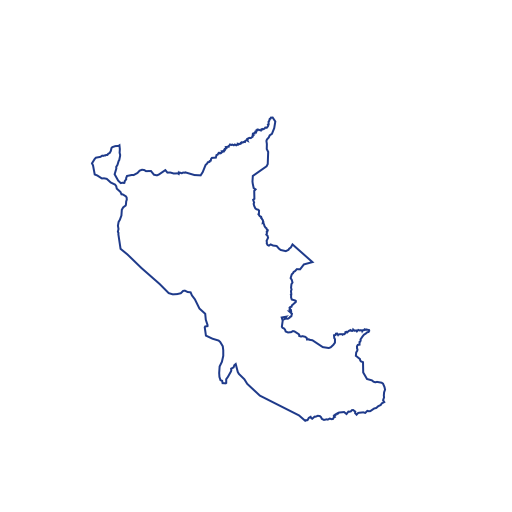 Kwahu West, Eastern, Ghana (orthographic projection), rotated 214°
{"feature_id": "2480657B50723205918173", "entity_name": "Kwahu West", "entity_type": "district", "adm_level": 2, "iso_a3": "GHA", "parent_name": "Ghana", "parent_adm1": "Eastern", "projection": "orthographic", "projection_center": [-0.787, 6.491], "detail": "fine", "context": "isolated", "style": "outline", "palette": "blue", "viewbox_px": 512, "rotation_deg": 214, "n_neighbors": 0, "source": "geoboundaries", "source_scale": "gbopen_adm2", "svg_char_len": 6128}
<svg xmlns="http://www.w3.org/2000/svg" viewBox="0 0 512 512"><g transform="rotate(214 256 256)"><path d="M68.0,206.6L70.0,207.5L70.8,210.4L72.0,211.8L73.6,214.7L74.3,217.4L76.2,219.2L79.3,221.2L81.0,221.2L85.3,219.3L86.5,218.0L88.3,217.5L90.4,217.7L95.2,216.1L102.0,219.4L107.9,227.8L110.2,227.3L111.3,227.8L112.2,228.7L117.4,229.1L119.0,232.1L119.1,234.2L119.7,235.4L120.5,235.8L121.8,237.6L121.9,239.2L120.6,240.4L122.1,242.6L121.7,243.3L122.0,244.5L122.7,245.3L122.7,248.9L122.5,251.2L121.7,252.8L121.1,255.0L120.2,255.9L120.3,257.3L120.8,257.8L123.4,256.8L123.5,256.4L123.9,256.5L124.6,255.5L125.0,255.7L125.3,254.5L126.1,254.0L126.0,253.2L126.5,253.6L127.9,252.9L128.2,252.3L129.9,251.9L130.2,249.9L131.4,250.3L132.4,249.2L134.3,249.4L133.9,248.4L134.2,247.8L134.5,247.5L135.2,247.6L136.0,246.9L136.4,247.2L137.2,245.8L137.7,243.6L138.7,243.7L139.3,242.8L138.8,242.0L139.0,240.6L139.8,240.1L140.2,239.2L140.8,239.4L142.8,238.0L143.8,236.9L143.8,236.4L145.4,237.1L146.3,236.3L145.9,235.0L147.0,233.9L145.2,231.7L144.0,231.2L142.1,228.3L142.2,225.6L143.0,222.1L144.2,220.4L149.7,217.8L162.1,217.7L165.1,216.3L165.7,216.5L167.0,215.3L168.1,216.4L170.1,216.5L172.7,215.5L173.6,214.4L175.5,213.9L176.2,214.9L176.7,215.1L181.9,215.0L183.4,214.4L184.3,212.5L186.7,210.5L189.2,210.0L190.6,211.1L192.2,211.6L193.8,211.3L195.0,211.8L197.7,217.3L200.3,219.4L197.2,222.4L197.6,220.5L197.1,219.6L195.9,221.4L195.2,221.3L194.3,222.1L193.6,223.9L193.7,224.6L193.0,225.7L193.9,228.2L197.4,228.7L195.9,229.7L196.9,230.8L198.2,230.5L198.4,231.4L199.2,231.7L199.1,232.9L198.2,233.7L198.6,235.2L197.3,240.2L197.8,241.0L198.8,241.0L202.0,239.9L203.8,241.3L204.9,243.1L205.4,243.4L205.3,244.0L207.4,246.5L207.8,248.1L209.2,249.3L210.9,252.5L210.9,254.4L213.1,256.3L214.9,257.0L216.1,260.8L215.7,262.5L215.9,263.9L215.2,265.2L214.8,267.9L212.0,269.6L211.6,275.8L205.8,282.5L232.2,286.0L231.9,282.6L232.6,280.5L232.5,279.3L234.0,276.7L238.9,274.8L241.0,274.9L244.3,275.8L245.0,275.6L247.7,274.2L250.3,273.8L251.1,271.8L252.5,271.6L254.1,272.4L254.7,273.5L255.7,274.5L256.2,277.9L257.9,279.3L259.4,279.5L259.6,280.8L260.7,282.2L260.3,282.7L260.7,283.2L260.7,284.0L261.9,284.1L262.8,284.8L264.2,284.9L265.9,285.7L267.1,286.8L268.0,287.1L268.5,287.8L268.9,287.2L269.5,288.6L270.3,289.5L271.6,289.9L272.3,290.5L273.0,290.4L273.7,291.4L275.1,291.1L277.3,292.0L277.1,292.5L278.9,295.4L280.1,295.6L281.7,295.0L283.2,295.1L285.5,296.5L287.1,297.9L287.4,299.2L289.8,301.0L289.3,302.5L293.9,309.0L293.6,311.0L295.9,311.0L299.2,314.2L300.6,315.8L303.4,320.6L297.4,336.3L297.7,338.8L304.1,349.1L306.9,350.7L309.6,354.9L311.7,357.2L312.1,358.7L311.7,361.4L312.1,363.7L311.1,366.2L312.4,372.2L315.2,378.3L319.6,380.1L321.0,379.1L320.8,377.9L321.3,377.4L320.6,375.3L320.7,374.4L319.2,372.3L319.5,371.7L319.0,371.5L318.7,370.5L318.7,368.6L318.9,368.2L320.1,367.7L320.2,366.3L321.3,364.6L321.8,364.8L322.4,364.0L322.1,362.8L325.3,361.9L325.6,361.5L325.2,361.0L325.9,360.4L325.3,359.5L325.1,358.5L326.0,358.5L325.7,356.9L326.2,356.9L327.0,355.7L326.7,355.0L325.6,354.6L326.0,353.5L325.5,353.0L326.3,350.8L327.6,350.2L328.7,348.3L328.2,348.0L328.4,347.5L327.5,346.9L328.6,346.8L329.3,345.3L328.9,344.3L330.0,343.7L330.4,342.6L331.4,342.4L331.9,341.3L331.4,340.8L332.1,339.6L333.9,338.9L333.3,338.0L334.0,337.6L334.3,336.7L335.9,336.6L336.3,335.4L338.0,335.1L338.3,334.4L339.9,333.9L339.8,333.0L340.2,331.8L339.8,331.3L341.9,329.5L340.8,328.7L341.7,327.5L341.0,326.8L341.1,325.1L341.7,325.5L341.7,324.8L342.9,323.7L342.2,323.3L342.5,321.9L343.0,321.6L342.9,321.2L343.6,320.7L344.2,321.0L344.6,320.7L344.5,318.5L345.2,317.6L344.3,315.1L347.4,312.7L347.5,311.3L346.8,309.7L347.5,308.8L347.2,308.0L348.4,306.7L348.2,305.4L348.7,303.3L347.1,295.8L347.0,291.9L352.3,288.7L361.4,285.8L361.5,285.3L363.1,284.4L363.8,283.1L365.9,282.5L365.9,281.2L366.4,281.4L366.1,280.8L367.0,280.8L370.3,278.4L373.7,277.3L376.1,275.6L379.2,276.5L382.1,269.2L383.2,267.5L386.0,266.3L390.6,267.7L394.7,264.8L396.6,264.8L398.7,263.8L400.2,261.7L400.7,258.5L402.7,254.7L404.4,253.6L407.7,250.2L407.2,247.9L406.5,247.0L406.7,244.8L406.0,243.1L406.2,242.7L407.5,242.2L408.9,240.8L412.4,241.4L418.9,244.7L420.7,250.4L421.7,251.7L421.8,254.1L423.0,257.9L423.0,259.0L424.6,262.9L425.2,263.9L426.8,265.3L428.6,268.4L431.1,271.4L431.5,270.4L434.1,268.4L436.0,265.9L436.2,264.7L435.1,261.9L434.9,259.6L435.7,258.1L435.7,256.7L436.8,255.9L437.2,255.0L437.8,254.7L438.6,253.6L439.6,253.2L440.4,251.2L443.7,248.0L444.0,246.3L443.8,241.1L441.8,240.0L435.3,233.4L432.6,234.0L427.2,234.1L425.3,235.5L422.9,236.5L417.5,235.7L412.7,236.4L410.9,235.7L409.1,234.0L404.2,233.3L402.0,231.9L401.1,232.5L399.9,232.6L397.2,232.7L395.9,232.1L394.6,230.4L394.2,228.8L392.5,225.7L392.3,224.9L393.3,222.1L393.1,219.3L390.2,214.3L389.1,209.8L389.0,207.5L387.4,203.9L385.1,201.5L384.1,198.9L382.9,198.2L382.3,197.1L372.3,186.2L363.5,185.4L344.5,182.0L320.2,178.9L307.6,176.4L303.5,177.7L300.1,180.3L297.5,183.1L296.9,186.3L295.6,187.5L292.6,187.9L289.9,189.3L287.1,187.5L282.4,185.9L273.5,180.8L265.8,179.7L262.0,175.1L257.5,171.6L257.0,170.7L258.7,169.2L258.6,168.2L253.0,162.0L245.8,163.1L239.7,165.0L237.6,164.7L233.1,162.6L230.4,159.5L227.3,154.9L225.1,149.2L224.4,144.1L221.1,138.4L218.7,135.3L216.0,133.2L214.3,133.6L212.6,131.9L209.9,133.5L209.7,134.1L211.8,137.2L211.7,140.1L212.2,146.2L212.5,147.3L213.6,148.7L212.3,151.1L212.9,153.4L212.4,155.1L206.3,149.7L204.3,148.7L196.7,147.3L191.8,145.1L174.7,142.4L131.2,147.9L123.1,146.9L122.8,147.9L122.0,148.1L121.5,148.8L121.7,151.3L120.8,153.2L119.6,152.5L118.4,152.5L117.6,155.6L116.7,156.1L115.4,158.1L113.5,159.0L111.8,158.7L110.4,157.8L108.0,158.1L106.0,160.2L105.0,160.5L103.9,162.5L102.2,162.9L101.1,163.9L101.2,166.0L100.8,166.5L101.4,166.7L101.1,167.2L101.4,167.7L102.0,167.7L101.6,168.7L101.3,168.8L101.5,169.1L100.5,171.2L100.0,171.0L99.7,172.6L95.7,175.9L92.6,175.6L92.4,178.7L91.6,179.0L90.5,180.2L90.3,181.8L89.4,182.6L86.7,182.5L86.0,181.2L83.9,180.7L83.6,182.8L83.0,183.6L79.6,186.4L77.7,187.0L77.1,189.9L75.8,190.3L74.5,191.3L72.8,195.6L71.3,197.3L70.7,199.8L69.3,202.2L69.3,204.2L68.0,206.6Z" fill="none" stroke="#1e3a8a" stroke-width="2"/></g></svg>